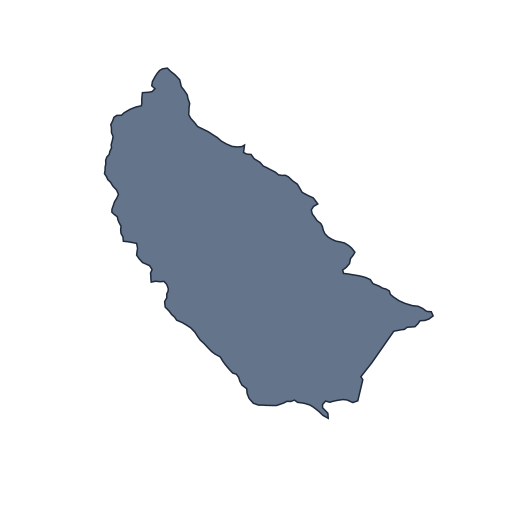 Avaí, São Paulo, Brazil, rotated 294°
{"feature_id": "56859067B54783802415701", "entity_name": "Avaí", "entity_type": "district", "adm_level": 2, "iso_a3": "BRA", "parent_name": "Brazil", "parent_adm1": "São Paulo", "projection": "equal_earth", "projection_center": [-49.307, -22.194], "detail": "fine", "context": "isolated", "style": "filled", "palette": "slate", "viewbox_px": 512, "rotation_deg": 294, "n_neighbors": 0, "source": "geoboundaries", "source_scale": "gbopen_adm2", "svg_char_len": 2973}
<svg xmlns="http://www.w3.org/2000/svg" viewBox="0 0 512 512"><g transform="rotate(294 256 256)"><path d="M391.6,98.6L388.9,94.4L386.3,92.5L382.9,91.5L378.5,90.8L373.3,90.4L369.1,91.5L367.7,95.7L363.9,94.2L362.1,91.6L359.0,85.8L355.0,87.1L351.9,88.2L349.4,89.5L346.6,90.2L343.4,85.8L338.7,81.2L333.1,77.2L329.9,75.9L327.8,71.6L324.9,69.8L320.9,70.1L316.9,69.9L314.6,71.6L309.9,73.8L307.1,76.8L303.1,77.8L298.8,78.4L295.9,80.1L292.4,79.9L288.9,80.6L286.0,79.5L282.4,79.7L278.9,81.4L275.8,82.0L272.8,83.3L269.6,84.1L267.6,87.2L265.5,89.5L264.2,93.1L261.6,96.9L259.5,101.9L256.3,105.3L252.5,105.3L247.9,104.7L243.9,105.1L240.1,105.4L237.4,106.5L236.2,109.9L235.5,113.3L233.1,115.0L231.0,117.1L228.3,120.6L225.1,121.6L221.7,123.5L219.3,126.7L215.5,128.8L217.0,133.4L219.0,141.8L214.8,144.7L211.7,145.5L208.2,146.6L205.8,150.6L203.9,155.0L203.9,162.7L201.3,166.6L197.5,166.6L195.1,168.0L192.5,169.2L189.5,170.9L192.1,174.5L193.5,178.9L195.4,182.3L193.8,185.9L190.7,189.0L188.1,190.0L185.0,189.9L181.6,191.5L177.1,191.1L172.4,193.8L170.3,199.1L168.2,202.8L167.1,206.4L165.1,209.6L165.2,215.6L164.6,220.7L163.8,225.7L161.5,231.3L158.6,235.7L156.5,239.3L154.9,244.2L152.3,250.2L150.7,254.3L149.7,258.7L149.3,264.3L146.7,268.0L144.4,271.9L141.4,278.0L139.6,282.3L140.0,286.1L138.1,289.5L135.0,292.2L132.3,295.8L131.0,301.5L126.8,303.8L123.1,307.6L120.4,313.4L120.8,318.9L122.4,322.5L123.6,325.8L125.6,330.6L127.6,335.3L130.4,338.4L133.3,341.4L135.7,343.2L137.3,347.0L140.0,349.7L139.2,353.5L141.0,359.6L141.8,365.8L141.3,369.7L139.7,376.3L137.6,382.1L137.1,388.0L141.6,385.6L144.4,378.6L147.4,377.2L151.8,378.6L152.4,382.9L154.7,385.6L157.6,389.6L160.2,393.8L161.5,397.6L161.5,404.1L165.1,407.9L186.4,403.9L188.4,400.9L205.4,405.2L243.4,412.5L245.4,415.5L247.4,418.2L249.2,421.3L252.5,423.2L254.1,426.4L256.1,430.0L259.8,431.4L263.6,432.2L265.8,436.5L268.7,439.6L273.3,442.2L276.4,438.8L274.8,434.4L275.9,429.5L276.0,424.5L274.3,419.2L273.3,411.4L273.3,404.9L274.5,398.0L275.6,394.4L278.3,392.0L278.7,388.2L278.1,384.7L278.6,380.6L278.3,374.1L280.9,370.1L281.0,365.2L280.4,361.1L279.7,357.6L278.4,352.7L277.0,347.2L275.7,343.1L278.4,340.9L282.4,343.1L287.1,344.5L292.1,343.4L296.5,344.5L299.7,344.8L302.1,340.2L303.2,336.5L303.9,331.7L303.1,327.1L302.1,322.9L302.1,318.6L302.7,314.0L304.4,309.8L306.9,307.0L310.0,304.6L312.1,301.9L313.1,297.4L315.3,293.9L317.3,290.3L320.6,287.8L324.7,288.4L328.7,291.3L332.4,284.7L332.4,279.4L332.9,272.3L338.5,264.5L339.5,259.1L341.5,253.4L341.7,250.0L340.2,247.0L339.3,243.5L340.5,239.5L340.8,233.6L341.1,229.9L341.1,226.1L343.2,221.5L344.1,214.7L346.8,210.2L345.3,206.0L345.5,202.5L352.7,200.4L350.2,198.6L348.1,194.8L346.4,189.6L346.3,183.1L346.9,177.5L348.5,172.4L349.1,168.0L350.1,162.1L350.4,154.3L350.5,150.0L353.0,145.4L355.1,140.5L357.8,137.0L361.4,135.7L364.2,134.5L368.3,133.4L372.4,129.6L375.2,127.7L378.2,122.9L380.3,118.9L385.9,114.7L388.6,108.3L389.9,103.0L391.6,98.6Z" fill="#64748b" stroke="#1e293b" stroke-width="1.5"/></g></svg>